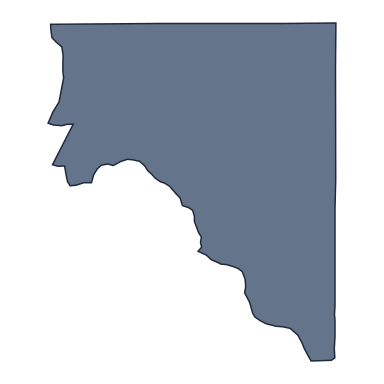 Maripá, Paraná, Brazil (Mercator projection)
{"feature_id": "56859067B39999283934615", "entity_name": "Maripá", "entity_type": "district", "adm_level": 2, "iso_a3": "BRA", "parent_name": "Brazil", "parent_adm1": "Paraná", "projection": "mercator", "projection_center": [-53.816, -24.473], "detail": "fine", "context": "isolated", "style": "filled", "palette": "slate", "viewbox_px": 384, "rotation_deg": 0, "n_neighbors": 0, "source": "geoboundaries", "source_scale": "gbopen_adm2", "svg_char_len": 1254}
<svg xmlns="http://www.w3.org/2000/svg" viewBox="0 0 384 384"><path d="M335.7,180.3L335.5,67.4L335.9,23.0L283.3,23.5L246.4,23.5L205.8,23.5L157.6,23.5L50.6,24.3L50.9,30.2L52.0,37.8L56.2,42.1L61.9,47.0L63.1,55.4L62.9,63.8L62.9,71.2L63.6,78.0L59.0,102.0L53.0,111.7L48.1,123.2L53.4,125.0L61.8,125.7L66.6,124.4L73.2,124.2L52.5,164.7L57.6,166.2L64.6,166.0L65.7,172.6L67.5,181.6L70.2,185.8L76.6,185.1L83.8,182.7L91.5,182.7L93.6,174.9L97.3,168.9L101.3,165.2L107.7,164.0L113.3,165.5L120.5,161.6L127.4,159.3L132.7,159.8L139.5,161.3L144.6,165.7L147.8,170.7L151.8,174.3L155.5,178.4L160.5,181.8L164.8,183.2L169.6,186.3L174.0,191.4L177.0,194.8L180.1,198.0L182.4,205.5L188.9,207.8L192.6,210.3L194.4,216.1L194.4,221.6L196.3,226.5L198.6,232.7L201.4,236.9L200.5,242.1L201.6,247.2L198.1,251.3L206.3,255.1L211.2,259.7L216.7,262.0L220.9,264.1L226.4,264.6L233.6,266.7L238.0,268.5L242.2,271.5L245.1,279.2L245.7,286.7L244.6,292.7L247.1,297.5L249.7,302.5L252.6,313.0L255.0,317.1L260.3,320.7L266.3,323.8L276.3,326.3L283.0,326.8L290.2,328.4L297.9,335.2L302.1,343.1L304.0,347.9L307.4,354.4L311.1,361.0L331.3,360.3L334.8,357.9L334.3,348.7L335.0,336.2L335.0,320.4L334.5,314.3L335.0,305.6L335.0,234.2L335.0,208.0L335.7,180.3Z" fill="#64748b" stroke="#1e293b" stroke-width="1.5"/></svg>